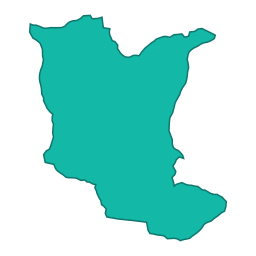 the district of Álvares Florence, São Paulo, Brazil
{"feature_id": "56859067B7861185161013", "entity_name": "Álvares Florence", "entity_type": "district", "adm_level": 2, "iso_a3": "BRA", "parent_name": "Brazil", "parent_adm1": "São Paulo", "projection": "mercator", "projection_center": [-49.909, -20.294], "detail": "fine", "context": "isolated", "style": "filled", "palette": "teal", "viewbox_px": 256, "rotation_deg": 0, "n_neighbors": 0, "source": "geoboundaries", "source_scale": "gbopen_adm2", "svg_char_len": 2515}
<svg xmlns="http://www.w3.org/2000/svg" viewBox="0 0 256 256"><path d="M215.3,35.2L211.1,33.0L201.9,28.5L197.8,29.1L194.9,31.4L189.7,32.0L188.6,36.2L184.6,37.2L181.9,33.9L177.4,34.5L174.0,34.7L169.8,37.3L166.4,36.5L163.6,36.5L159.8,37.8L156.0,39.3L153.9,41.4L151.5,42.8L147.8,45.9L145.1,48.1L141.7,52.0L139.1,55.7L135.9,55.3L133.4,55.4L129.3,57.3L125.4,57.0L122.1,54.8L120.2,52.7L117.5,48.5L117.7,45.1L114.9,41.5L112.3,40.8L109.6,34.4L109.3,31.7L109.9,28.8L103.4,27.7L102.9,24.7L102.0,17.2L98.3,18.4L92.2,18.8L90.2,15.4L83.4,15.8L80.8,18.3L77.0,20.4L72.6,20.9L69.9,21.8L67.6,23.3L65.1,26.1L61.9,27.5L59.1,27.7L54.6,27.7L51.0,27.6L47.7,28.1L43.8,28.2L39.6,26.4L36.2,25.2L33.1,25.1L30.3,24.0L29.7,32.1L32.8,37.9L36.9,40.5L40.2,43.4L42.4,49.2L42.5,52.1L42.6,56.2L43.5,59.8L42.8,62.7L42.3,66.1L40.7,69.8L39.7,74.0L39.4,77.0L39.7,81.1L40.7,84.9L41.4,88.3L41.8,94.1L43.6,97.8L43.6,100.8L45.8,105.3L47.1,108.3L49.7,111.5L52.8,114.4L52.2,117.0L52.1,120.8L53.5,124.2L53.1,126.9L52.9,129.7L52.7,133.1L53.5,136.8L51.7,142.9L49.7,148.9L46.2,151.0L43.6,154.7L44.4,158.4L45.2,162.4L53.9,164.4L55.8,169.0L57.7,171.1L60.7,173.2L63.4,175.0L66.1,177.3L68.5,177.7L71.7,177.7L76.2,178.1L80.9,180.4L85.0,180.0L86.8,181.9L89.6,182.2L92.6,183.9L95.8,184.6L94.9,187.7L96.3,190.7L97.1,193.6L99.0,197.7L100.8,200.6L101.6,204.8L103.8,206.2L106.2,209.0L105.3,213.4L106.9,217.0L117.5,218.9L127.8,220.0L132.9,220.5L146.6,222.2L148.1,230.4L150.0,233.5L153.5,234.0L157.0,234.9L161.8,235.4L164.4,236.1L167.3,238.7L170.5,238.5L174.3,238.3L177.1,238.8L180.3,240.6L183.8,239.5L186.7,239.0L189.8,238.2L191.8,236.4L194.7,234.4L197.7,232.2L200.0,230.1L202.3,227.3L203.9,224.5L206.7,222.7L211.3,220.9L213.9,218.6L217.9,215.8L221.3,212.9L224.5,211.2L225.8,207.0L226.3,201.5L224.0,199.3L222.1,197.1L219.4,195.8L217.2,194.4L213.9,194.4L210.2,193.2L205.0,190.1L202.3,189.9L197.9,186.5L194.7,186.1L191.5,185.3L188.2,185.1L185.3,184.2L181.9,182.6L176.2,184.4L174.2,186.2L173.6,182.5L172.0,177.4L174.8,174.7L175.8,171.5L172.9,166.1L175.2,162.6L176.3,159.7L179.3,156.9L183.6,158.4L182.7,155.4L180.3,152.4L177.9,150.3L175.5,149.3L173.4,147.6L172.3,144.0L172.3,139.7L170.9,136.0L169.0,130.9L169.1,127.1L169.3,123.1L169.8,118.0L172.7,112.5L174.2,106.8L175.1,102.9L177.3,98.7L179.6,94.8L180.8,90.9L182.8,87.3L185.6,83.2L186.8,78.9L187.3,75.0L187.7,71.2L188.6,67.9L188.1,63.5L187.2,59.4L187.9,55.4L188.8,52.4L190.8,50.2L193.6,48.1L197.7,46.2L200.5,44.3L203.9,42.8L207.3,42.2L211.2,40.6L214.3,38.5L215.3,35.2Z" fill="#14b8a6" stroke="#0f766e" stroke-width="1.5"/></svg>